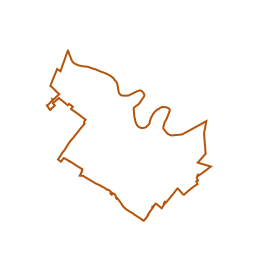 Manoleasa, Botosani, Romania (Albers equal-area conic projection), rotated 341°
{"feature_id": "2599482B28804438826094", "entity_name": "Manoleasa", "entity_type": "district", "adm_level": 2, "iso_a3": "ROU", "parent_name": "Romania", "parent_adm1": "Botosani", "projection": "albers", "projection_center": [27.057, 48.009], "detail": "fine", "context": "isolated", "style": "outline", "palette": "amber", "viewbox_px": 256, "rotation_deg": 341, "n_neighbors": 0, "source": "geoboundaries", "source_scale": "gbopen_adm2", "svg_char_len": 5624}
<svg xmlns="http://www.w3.org/2000/svg" viewBox="0 0 256 256"><g transform="rotate(341 128 128)"><path d="M126.0,210.9L128.7,208.9L129.4,208.5L129.6,208.5L129.9,208.7L130.2,209.0L133.7,214.9L136.3,212.9L137.9,211.6L137.6,211.5L137.2,211.2L138.9,209.7L139.8,210.8L145.0,207.7L146.6,206.6L149.1,205.1L149.9,204.6L150.9,204.0L152.5,202.9L154.8,201.4L155.1,201.4L155.4,201.4L156.3,203.5L157.2,205.6L158.1,208.0L158.4,208.7L158.6,209.0L158.9,209.2L159.2,209.3L159.4,209.3L161.1,208.5L162.0,208.2L164.5,207.1L165.7,206.7L166.4,206.4L167.6,205.9L172.6,204.4L174.2,204.0L175.3,203.8L175.2,200.7L177.0,200.5L176.8,197.4L177.2,196.9L178.3,195.4L179.0,194.9L179.3,196.0L183.9,194.7L193.8,191.4L182.7,183.5L193.1,177.5L194.3,172.6L194.5,172.2L194.6,171.8L195.5,167.9L198.2,157.7L204.3,147.0L194.3,148.8L177.1,151.7L166.9,149.3L166.2,148.8L165.6,148.3L164.4,147.3L163.8,146.6L163.6,146.3L163.1,145.3L162.8,144.6L162.6,143.8L162.2,143.0L161.7,141.3L161.3,140.7L161.2,140.3L161.3,139.6L161.6,139.0L161.9,138.4L162.4,137.5L164.1,135.1L164.5,134.5L166.4,132.9L166.9,132.3L167.4,132.0L168.3,130.9L169.2,130.0L171.2,127.6L171.6,127.1L172.2,126.3L173.1,125.3L173.2,125.0L173.3,124.7L173.4,124.3L173.3,123.7L173.1,123.1L172.7,122.5L172.0,121.8L170.7,120.8L169.5,120.2L168.0,119.6L167.7,119.5L167.3,119.3L166.9,119.2L164.8,119.5L164.2,119.7L163.2,120.1L162.8,120.1L162.1,120.1L161.8,120.1L160.5,120.6L159.8,120.8L158.6,121.5L158.0,121.8L157.4,122.2L156.0,123.2L155.2,123.9L155.0,124.2L153.1,125.8L152.9,126.0L152.7,126.4L152.0,127.2L151.6,127.8L151.2,128.4L150.4,129.5L150.3,129.8L149.9,130.4L149.3,131.2L148.3,131.7L146.6,132.4L145.4,133.0L144.3,133.2L141.5,132.7L140.5,132.3L139.9,131.9L139.4,131.4L138.7,130.6L138.0,129.7L137.5,128.3L137.3,127.6L137.3,126.9L137.1,125.1L137.2,123.6L137.6,120.8L137.6,120.1L137.7,119.3L137.9,118.6L138.2,117.2L138.6,115.8L138.8,115.1L139.1,113.7L139.2,113.4L139.3,112.9L139.4,112.6L139.5,112.0L139.6,111.6L140.0,111.0L140.3,110.8L141.0,110.4L142.4,109.9L144.7,109.3L146.1,108.7L146.8,108.4L148.1,107.5L149.5,106.3L151.0,105.1L151.7,104.7L152.3,104.3L153.5,103.3L154.0,102.7L154.2,102.3L154.2,101.9L154.2,100.4L153.9,99.7L153.0,97.5L152.8,97.2L152.2,96.7L151.8,96.6L151.1,96.3L150.3,96.3L148.8,96.2L148.0,96.3L146.5,96.5L144.5,96.8L143.4,96.9L141.1,97.2L140.3,97.3L139.6,97.4L139.1,97.4L138.2,97.2L137.5,97.1L136.3,96.7L133.3,95.5L132.7,95.2L132.4,95.0L131.8,94.3L131.0,92.4L130.9,91.1L131.4,87.9L131.6,86.9L131.8,86.2L131.8,85.5L132.1,83.6L132.2,82.4L132.2,81.6L132.1,80.8L132.0,80.4L131.6,79.8L131.2,78.7L130.6,76.8L130.2,75.7L129.3,74.4L129.0,73.7L128.7,73.4L128.2,72.8L127.2,71.7L126.7,71.1L124.9,69.3L124.3,68.8L122.8,67.5L121.6,66.6L121.0,66.1L119.2,64.5L117.4,62.8L116.4,62.0L114.3,60.6L113.7,60.0L112.3,59.0L111.8,58.5L110.2,57.2L108.9,56.5L105.6,55.1L102.6,53.3L101.4,52.5L99.3,50.5L98.3,49.5L97.9,48.9L97.4,48.0L97.1,47.0L96.8,45.9L96.7,44.1L96.7,41.6L96.5,39.5L96.5,35.7L96.5,35.3L96.4,35.2L94.6,37.4L94.1,37.9L92.8,39.6L90.6,42.3L90.3,42.7L90.0,43.2L88.1,45.5L87.0,46.8L82.7,52.4L81.7,51.1L81.3,50.6L80.2,49.2L75.1,55.0L71.1,59.6L68.3,62.9L69.2,64.2L69.7,65.3L71.0,67.7L71.2,68.1L71.5,69.0L71.8,69.5L72.2,70.2L72.8,71.5L74.0,73.6L72.7,74.2L70.0,75.3L68.9,75.9L66.6,76.8L66.4,76.8L66.2,76.6L66.0,76.3L65.9,76.2L65.9,76.3L66.0,76.8L65.8,77.3L65.6,77.4L65.5,77.5L64.9,77.5L63.6,78.2L62.5,78.8L60.9,79.6L59.9,80.0L59.7,80.0L58.7,80.2L59.2,82.1L59.6,83.6L59.8,84.6L60.0,85.5L60.7,85.5L60.9,85.5L61.1,85.4L61.2,85.0L61.9,84.7L62.2,84.6L63.1,84.3L66.1,82.9L65.9,82.6L65.8,81.9L65.5,81.5L65.3,80.9L65.2,80.6L65.0,80.0L67.8,79.0L72.4,77.1L73.2,78.6L74.5,80.5L75.8,82.7L76.7,84.1L78.4,86.9L80.2,86.0L80.6,86.9L80.8,87.1L81.8,88.3L82.7,90.0L80.3,91.4L80.7,92.2L82.3,94.2L84.1,96.7L86.9,100.8L87.1,101.2L87.9,102.3L88.1,102.7L88.2,102.9L88.8,103.7L90.6,106.4L88.5,107.8L88.1,108.7L88.1,108.9L88.1,109.2L88.4,109.8L86.4,111.0L85.4,111.6L84.8,111.9L83.6,112.6L78.9,115.7L74.7,118.3L74.2,118.8L73.1,119.4L72.6,119.7L72.2,119.9L69.2,121.6L66.2,123.7L62.6,126.8L60.0,128.7L59.4,129.1L58.8,129.4L58.4,129.8L57.7,130.2L57.0,130.8L56.6,131.1L53.7,133.3L53.2,133.8L52.2,134.5L51.7,134.9L53.6,138.0L57.2,135.7L57.6,135.5L61.2,139.6L61.4,139.8L61.4,140.0L61.7,140.5L62.0,140.4L63.4,142.1L66.7,146.4L67.9,147.8L68.3,148.3L68.5,148.6L71.4,152.1L70.7,152.8L70.7,153.1L70.9,153.5L70.8,153.8L70.0,154.5L69.5,154.6L69.4,154.7L69.0,155.4L68.8,155.7L66.9,157.2L66.8,157.3L69.8,158.6L70.0,158.7L70.2,159.0L78.7,169.1L79.5,170.0L80.8,171.3L81.3,171.7L81.9,172.3L82.7,173.0L83.7,174.2L83.9,174.4L85.6,176.2L86.0,176.6L86.2,176.9L87.1,177.9L87.3,178.2L87.6,178.5L87.7,178.9L87.7,179.3L87.9,179.5L88.4,179.7L88.9,179.7L89.0,179.8L89.4,180.1L89.7,180.6L89.9,180.7L90.3,181.4L91.2,183.0L90.6,183.5L90.0,184.1L90.9,185.8L92.4,184.7L92.8,185.1L93.2,185.5L93.5,186.0L94.3,187.3L94.2,187.4L94.0,188.6L94.3,189.3L94.2,189.4L94.0,189.6L94.0,189.8L94.1,191.1L94.3,191.3L95.0,191.0L96.0,193.8L96.1,194.0L96.1,194.3L96.2,194.5L96.4,194.9L96.5,195.3L97.1,197.2L97.1,197.4L97.2,197.9L97.4,198.8L97.8,200.4L98.1,201.1L98.7,202.2L99.3,203.4L99.7,204.1L100.4,205.1L101.2,206.0L101.6,206.6L102.7,208.0L103.0,208.3L103.7,209.1L104.5,210.0L105.0,210.6L105.7,211.8L106.4,212.6L108.3,215.1L108.9,215.9L110.5,217.8L110.8,218.2L110.9,218.3L110.9,218.5L111.0,218.9L111.0,219.0L111.7,219.5L111.9,219.9L112.1,220.1L112.3,220.5L112.7,220.8L112.9,220.8L114.1,220.0L114.8,219.6L115.2,219.3L115.9,218.9L116.2,218.9L116.5,218.7L116.8,218.3L116.8,218.2L117.5,217.7L119.0,216.7L118.9,216.1L122.2,213.7L125.4,211.5L125.3,211.4L125.1,211.1L125.1,210.9L125.2,210.6L125.3,210.4L125.5,210.2L125.6,210.3L126.0,210.9Z" fill="none" stroke="#b45309" stroke-width="2"/></g></svg>